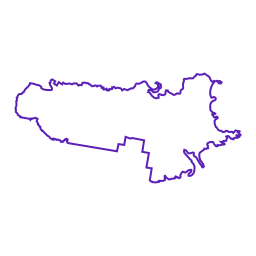 the district of Shellharbour, New South Wales, Australia
{"feature_id": "25037944B55724853403969", "entity_name": "Shellharbour", "entity_type": "district", "adm_level": 2, "iso_a3": "AUS", "parent_name": "Australia", "parent_adm1": "New South Wales", "projection": "albers", "projection_center": [150.774, -34.59], "detail": "fine", "context": "isolated", "style": "outline", "palette": "violet", "viewbox_px": 256, "rotation_deg": 0, "n_neighbors": 0, "source": "geoboundaries", "source_scale": "gbopen_adm2", "svg_char_len": 5758}
<svg xmlns="http://www.w3.org/2000/svg" viewBox="0 0 256 256"><path d="M203.8,166.6L203.3,166.2L203.4,164.6L200.1,159.8L199.4,157.0L199.3,154.0L199.9,152.6L203.9,149.7L204.4,148.6L205.9,148.9L208.1,148.2L207.6,147.2L207.9,146.6L208.0,145.8L207.2,144.5L207.5,143.3L210.2,142.0L212.8,142.0L213.3,142.4L213.6,143.3L215.2,145.4L216.2,146.3L217.3,146.2L217.6,146.1L217.7,145.4L217.4,145.1L217.6,144.9L218.9,145.3L221.8,144.8L222.7,144.1L223.4,144.6L224.5,144.4L224.7,144.1L224.2,143.3L221.3,142.4L221.0,142.0L222.0,142.2L223.3,141.0L226.2,140.8L226.7,138.8L227.1,138.1L227.0,137.2L226.2,136.4L226.3,136.3L228.4,136.1L231.0,138.7L231.8,138.7L232.1,139.1L233.1,139.3L233.6,139.1L233.7,138.3L234.6,138.1L235.4,137.5L237.2,137.9L239.4,136.9L239.4,136.7L239.1,136.4L236.8,135.8L236.5,135.5L236.6,135.1L237.9,135.5L238.8,135.1L239.7,135.7L240.4,135.4L240.6,134.9L240.5,134.7L239.8,134.6L239.4,133.5L238.0,132.5L239.6,131.5L239.4,131.2L238.8,131.3L237.8,130.9L235.5,130.5L234.6,131.3L234.2,132.1L233.3,132.9L232.8,132.7L232.3,131.9L230.9,131.8L228.7,132.0L227.3,130.9L226.5,130.8L225.9,130.9L224.8,131.8L222.9,132.1L221.3,130.8L220.0,130.8L218.4,130.0L217.7,129.2L217.1,128.0L215.9,127.1L214.8,124.1L214.5,121.9L214.6,120.9L215.5,119.5L217.5,118.2L217.7,117.4L216.8,116.6L215.0,117.3L214.3,117.4L213.8,117.0L213.4,115.9L213.1,115.3L212.3,114.8L212.2,114.1L212.9,113.8L214.8,114.0L215.2,113.7L214.5,113.0L213.0,112.7L211.0,110.9L210.5,110.0L210.2,107.4L210.2,105.1L210.8,102.9L212.7,101.0L214.9,100.3L215.8,99.0L215.6,98.0L214.4,97.1L213.6,97.0L212.9,97.5L211.4,97.7L210.7,96.1L210.1,93.7L210.4,89.9L211.8,85.6L213.1,83.4L214.6,81.6L214.7,81.0L214.1,80.8L212.9,81.7L211.8,81.5L210.7,80.1L209.6,77.5L208.9,76.6L204.8,73.8L204.2,73.6L203.3,74.3L199.9,74.8L197.2,74.1L196.4,74.4L195.6,76.1L194.6,76.4L193.1,78.3L191.0,78.4L189.2,78.2L187.0,78.9L184.8,78.8L183.8,79.2L184.0,81.0L183.3,82.6L183.0,85.0L183.2,88.2L182.7,89.0L181.2,89.8L180.5,91.2L180.4,93.0L179.7,93.7L177.0,93.4L174.7,94.8L173.7,94.9L168.4,91.9L168.0,91.4L167.7,90.5L167.1,90.8L166.2,90.3L165.4,92.0L165.6,93.0L165.1,94.4L163.3,95.2L162.0,94.8L161.2,94.9L159.7,94.1L159.0,94.2L158.5,94.8L158.3,95.5L158.3,96.1L158.6,96.4L158.6,97.8L156.3,98.3L154.4,97.8L152.4,96.3L150.1,93.2L149.0,92.1L148.4,92.0L148.7,91.7L148.3,90.5L148.7,89.9L150.4,90.0L152.2,90.9L153.1,92.1L153.6,92.3L156.2,92.1L157.9,91.3L159.1,89.0L160.3,88.1L158.7,87.7L158.5,87.2L159.1,87.1L160.3,85.9L160.9,86.1L161.1,85.5L160.4,84.1L159.3,83.7L157.9,82.7L156.5,82.3L155.8,83.0L157.0,83.3L156.7,83.6L158.1,84.4L158.0,87.1L156.2,88.9L153.9,89.6L152.5,89.5L149.9,87.6L147.9,85.6L146.8,83.2L145.8,81.8L144.3,81.4L142.9,81.7L140.7,83.1L138.6,83.8L136.9,83.5L136.3,83.7L135.7,84.4L134.9,86.4L132.8,88.4L130.8,88.4L130.0,89.1L128.9,89.3L127.6,90.2L124.1,89.0L122.2,90.4L121.2,88.8L120.5,88.3L117.3,87.7L115.8,88.3L115.1,87.9L114.1,86.8L113.3,87.2L112.2,87.3L112.5,88.0L112.3,88.9L111.2,89.2L110.0,88.8L109.2,89.3L109.3,90.1L109.1,90.4L107.9,89.9L107.3,90.5L106.3,89.8L106.7,88.9L106.6,88.7L105.8,89.2L103.5,89.5L103.3,89.1L103.7,88.7L103.6,87.9L103.0,88.2L102.0,87.9L102.6,87.2L101.9,86.7L101.3,86.7L101.0,86.0L100.4,85.6L97.4,85.8L97.0,86.4L96.3,85.7L94.8,85.4L94.2,85.9L92.1,86.3L91.3,85.8L90.3,84.5L89.2,84.4L88.3,83.3L87.1,83.1L86.4,83.3L84.8,82.5L83.5,82.9L82.4,82.9L82.4,83.6L81.6,85.2L79.7,84.8L78.7,85.6L78.1,85.3L76.8,83.6L76.1,83.3L75.2,83.5L74.2,83.3L72.0,84.3L71.3,84.2L70.1,83.5L65.4,84.0L63.2,82.6L62.1,84.4L58.9,82.2L56.8,85.5L53.9,83.5L55.2,81.3L52.3,79.4L50.9,80.2L50.6,80.8L50.6,82.4L49.6,82.8L50.0,84.7L52.0,88.1L51.9,89.7L51.4,90.1L46.6,90.0L43.4,89.4L41.3,88.1L41.2,86.8L39.4,85.4L36.7,84.8L33.6,83.8L30.0,83.2L29.7,84.8L29.0,85.2L28.3,86.4L25.3,89.3L24.1,91.2L24.0,91.7L23.4,92.4L22.4,92.7L21.7,93.9L19.2,94.1L18.7,94.5L17.7,96.0L17.4,97.1L16.9,97.4L17.2,97.7L16.9,98.6L16.9,100.0L16.5,100.4L16.6,101.4L16.2,102.1L16.5,104.1L16.1,106.8L15.4,108.3L15.9,109.4L15.8,111.9L17.7,113.9L17.8,114.9L20.5,116.5L20.3,117.2L29.4,118.8L30.3,119.9L31.0,118.7L31.2,119.0L31.8,119.0L32.6,118.5L33.7,118.2L34.5,118.2L35.6,117.8L36.3,118.3L37.5,118.7L36.8,120.7L36.7,121.5L38.1,123.4L37.9,124.5L39.3,125.6L39.5,126.4L39.8,126.3L40.3,126.8L40.6,129.0L42.1,130.8L42.6,130.6L43.7,132.0L47.6,135.8L49.0,136.5L50.4,138.3L52.6,139.6L53.2,139.7L52.9,138.8L53.3,138.5L55.9,139.2L56.4,139.9L57.3,139.6L58.2,139.6L58.7,139.9L58.9,140.2L59.9,140.3L61.4,141.4L61.2,141.8L62.6,142.0L62.7,141.3L63.6,141.1L64.3,140.4L64.5,139.6L66.7,138.8L67.7,139.7L67.2,140.7L66.8,140.8L67.2,141.3L67.0,141.5L67.2,142.5L68.2,143.1L117.0,151.3L118.5,144.1L124.2,144.9L125.6,136.9L130.6,138.6L132.0,138.0L132.6,138.1L144.1,140.3L142.3,151.8L148.9,153.0L146.4,167.5L151.7,168.3L149.8,180.4L150.9,181.3L152.5,181.8L152.5,182.1L155.3,182.4L158.5,182.0L159.1,181.8L158.8,180.9L160.3,180.8L161.7,181.0L163.9,180.6L165.0,179.9L164.6,176.1L165.2,175.8L166.2,177.6L168.9,179.4L170.8,179.2L171.2,178.8L174.9,178.4L175.1,178.0L175.0,177.3L175.6,176.4L175.9,176.5L175.8,177.0L176.2,177.4L176.8,177.3L177.6,177.6L177.8,177.3L179.0,178.1L179.8,178.0L180.6,176.7L180.3,175.5L181.6,172.8L182.3,172.1L182.7,171.7L183.2,171.8L184.7,172.4L185.6,172.4L186.5,172.0L188.2,170.4L190.4,169.8L191.2,169.8L191.4,170.0L191.3,170.8L191.0,172.0L189.4,173.2L188.4,174.6L188.8,175.9L190.3,175.8L191.5,175.4L192.9,174.1L193.7,173.0L194.4,170.2L194.6,167.0L194.3,166.1L193.7,164.3L191.7,162.0L191.5,160.5L189.9,159.1L184.4,152.9L184.0,151.3L184.3,149.8L185.9,150.3L188.3,153.3L189.6,153.4L192.7,152.5L193.7,152.7L193.9,153.4L193.6,154.6L194.3,156.3L195.1,156.5L196.3,157.4L199.6,163.2L201.5,165.6L202.0,166.8L202.6,167.4L203.2,167.3L203.8,166.6ZM216.7,81.2L217.9,81.8L218.3,82.8L219.3,83.4L220.8,83.5L221.6,82.4L219.9,81.0L218.1,81.2L216.8,80.9L216.7,81.2Z" fill="none" stroke="#5b21b6" stroke-width="2"/></svg>